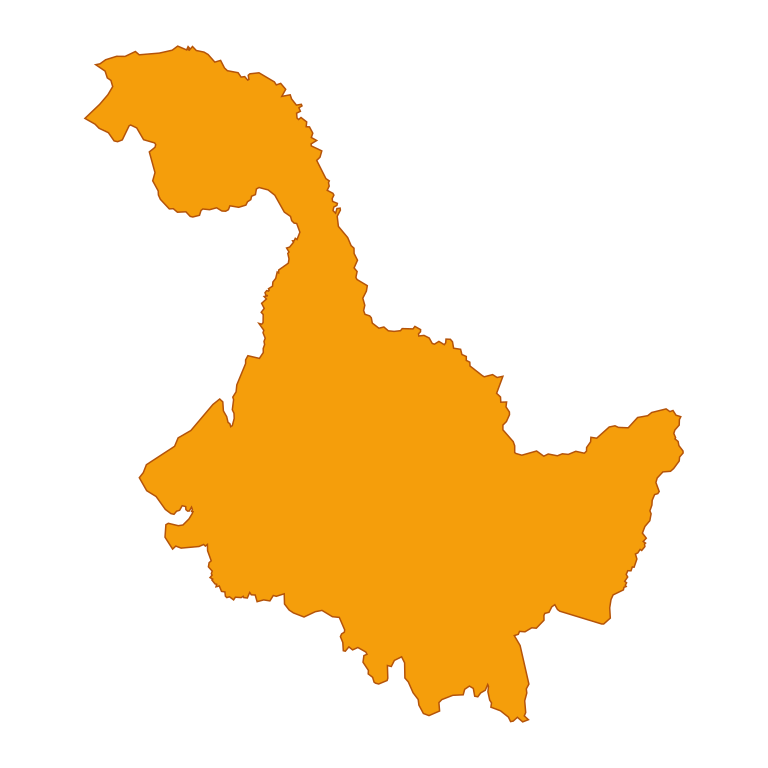 the Province of Heilongjiang
{"feature_id": "CHN-1839", "entity_name": "Heilongjiang", "entity_type": "Province", "adm_level": 1, "iso_a3": "CHN", "parent_name": "China", "parent_adm1": "", "projection": "mercator", "projection_center": [127.281, 48.501], "detail": "fine", "context": "isolated", "style": "filled", "palette": "amber", "viewbox_px": 768, "rotation_deg": 0, "n_neighbors": 0, "source": "natural_earth", "source_scale": "10m", "svg_char_len": 6083}
<svg xmlns="http://www.w3.org/2000/svg" viewBox="0 0 768 768"><path d="M177.7,46.1L186.6,49.9L188.1,46.6L189.5,48.2L188.3,49.7L189.3,50.2L192.5,46.5L196.3,50.5L204.0,52.1L208.1,54.5L214.8,62.1L220.6,60.4L224.5,68.0L227.4,70.7L238.1,72.7L241.1,77.1L244.7,76.6L247.7,80.1L248.9,79.4L248.2,75.3L249.9,73.8L259.0,72.8L274.4,81.9L276.3,84.9L280.7,83.4L285.7,89.3L281.8,96.4L290.2,94.8L291.6,99.0L296.4,105.1L301.3,104.3L302.0,105.9L298.9,107.8L300.4,111.3L296.6,113.2L297.0,118.0L298.6,119.5L301.0,117.5L306.7,121.9L306.2,126.7L309.5,126.9L312.8,133.2L311.3,137.5L316.7,140.5L311.1,143.9L311.3,145.9L321.8,150.9L320.0,157.2L316.7,160.4L325.9,178.6L329.3,180.9L328.5,182.6L329.2,186.1L327.2,190.3L332.9,193.3L333.9,195.1L332.2,198.6L332.6,201.4L337.4,203.4L336.9,205.4L333.8,207.1L333.0,210.6L335.6,213.2L336.9,208.6L340.1,208.1L340.4,210.1L337.2,216.3L338.4,226.4L347.7,237.6L351.1,245.6L354.0,248.2L354.1,253.5L357.5,260.2L354.1,267.9L357.1,271.5L355.9,277.4L357.0,279.5L367.3,285.7L366.4,291.1L362.8,298.2L364.8,305.3L363.6,310.6L365.0,314.3L369.7,315.9L371.3,317.8L372.3,323.1L378.9,328.2L383.9,327.0L388.3,330.8L394.1,331.4L400.5,330.7L402.2,328.6L413.0,328.9L414.9,326.4L420.6,329.6L420.5,331.8L418.5,333.8L418.8,336.0L424.0,335.4L429.2,338.0L432.2,343.4L434.4,344.2L438.9,341.4L444.3,344.7L445.7,342.8L446.0,339.1L450.4,339.3L452.5,341.8L453.6,348.2L460.6,349.3L461.9,354.5L466.3,356.5L466.3,360.4L469.8,362.2L470.0,366.0L482.1,375.5L484.2,376.8L492.6,374.6L497.1,377.5L502.9,376.3L496.6,393.3L500.5,397.0L500.8,402.2L506.6,402.0L506.0,406.9L509.4,412.0L509.5,414.7L506.4,421.6L502.9,425.1L502.9,429.8L513.2,441.6L514.7,445.8L514.7,452.5L515.7,453.4L521.8,455.2L536.6,451.0L543.8,456.2L548.2,454.0L557.4,455.8L562.3,453.8L568.3,454.4L575.8,451.3L584.3,453.2L586.5,451.1L586.6,447.5L590.6,441.8L590.9,437.3L596.7,438.2L609.2,427.0L615.0,425.8L618.4,427.4L628.2,427.8L637.6,417.5L647.7,415.7L651.7,412.5L666.1,408.9L669.9,411.6L673.0,410.5L676.0,415.2L680.8,416.7L679.4,419.6L679.2,425.1L674.9,430.0L673.8,433.4L675.6,437.7L675.0,438.9L678.1,441.5L678.9,445.6L683.0,451.0L683.1,453.0L679.6,457.0L679.2,461.0L673.6,468.6L670.5,471.3L662.9,471.9L657.2,478.0L655.9,482.5L659.2,491.5L657.8,493.6L654.6,494.6L652.2,500.3L651.9,505.1L649.9,510.8L651.1,513.8L649.8,520.7L644.9,526.5L642.4,533.1L646.3,538.2L643.2,541.5L645.5,543.1L644.5,543.9L644.9,546.6L641.7,550.5L640.1,549.4L637.8,552.9L635.4,554.0L636.9,559.0L634.1,567.2L632.3,567.0L631.0,570.8L627.8,570.7L626.2,574.4L627.7,577.0L624.7,581.3L626.6,582.8L625.3,585.2L626.2,586.5L624.0,587.3L623.4,589.9L613.1,594.9L611.0,599.6L609.7,607.8L610.3,618.1L603.7,624.0L601.7,624.0L559.8,611.2L557.5,609.5L554.8,604.7L551.8,606.8L549.0,612.3L544.8,613.4L543.9,615.5L544.0,620.2L536.3,628.2L531.7,627.8L525.0,631.8L519.5,631.4L518.3,634.3L514.3,635.6L520.1,645.5L528.9,684.1L526.3,688.9L526.8,693.0L524.7,700.8L525.7,712.5L524.3,715.9L528.4,719.7L522.7,721.9L517.4,717.3L513.2,721.1L510.6,721.6L508.4,717.1L500.5,710.8L490.9,707.2L491.5,702.9L489.7,700.1L487.9,691.8L488.5,686.3L487.7,684.5L485.3,690.2L480.7,692.9L477.8,696.8L474.7,696.2L473.3,688.4L469.4,686.1L464.7,689.3L463.2,694.8L452.8,695.3L441.8,699.6L438.9,702.6L439.6,711.0L429.0,715.6L423.4,713.5L418.9,705.1L418.2,699.5L413.1,692.8L408.3,681.9L404.9,678.0L404.6,662.8L401.6,656.8L394.4,660.4L391.3,666.5L387.4,665.5L387.8,678.2L387.1,680.5L378.7,684.0L375.6,683.2L374.1,682.2L372.6,677.3L368.2,673.9L368.4,670.4L363.0,662.2L363.9,655.6L367.0,654.3L365.8,652.0L357.9,647.5L352.6,649.9L348.9,646.9L345.3,651.2L343.3,650.7L342.8,642.5L340.4,636.6L341.6,633.9L344.3,632.2L344.7,629.9L339.3,617.4L332.4,616.7L322.0,610.4L315.3,611.7L304.0,617.0L293.4,612.9L289.1,610.0L284.5,604.0L284.2,593.8L276.3,596.3L273.3,595.5L269.9,600.9L263.7,599.9L257.1,601.7L255.2,595.0L251.3,594.8L249.7,592.5L247.3,598.0L243.8,597.6L243.2,596.3L241.2,597.6L235.4,597.2L233.6,599.9L229.5,596.8L226.8,597.6L225.4,596.2L224.9,591.9L221.5,591.4L219.3,586.0L216.0,586.8L216.7,584.3L215.0,583.9L211.9,580.0L212.7,579.1L210.0,577.6L212.1,575.1L211.3,573.7L212.2,571.1L208.4,566.8L209.1,562.7L211.2,560.8L207.6,550.8L207.4,544.5L205.4,546.1L203.6,544.5L199.0,546.5L181.1,548.1L175.8,546.1L172.6,549.1L165.0,537.2L165.9,524.7L168.3,523.3L178.3,525.7L182.9,525.0L189.0,518.9L192.2,513.6L193.0,511.6L191.6,511.4L192.4,509.4L191.5,507.1L189.3,511.0L187.6,511.1L185.9,509.6L185.7,506.6L182.2,505.7L179.6,510.3L176.6,511.2L174.0,514.3L170.9,513.6L165.3,509.4L156.1,496.5L146.7,490.7L139.3,477.7L143.3,472.6L146.4,464.7L174.6,446.3L178.1,437.9L190.9,430.5L212.9,404.5L219.7,399.0L222.8,401.9L223.4,410.9L226.7,416.7L228.0,422.3L229.9,423.8L230.7,426.7L232.3,425.6L234.2,418.5L234.0,413.3L232.3,409.7L233.6,399.7L232.8,397.1L236.1,391.8L236.8,384.9L245.6,363.6L245.6,359.9L247.9,355.7L259.4,358.4L263.3,352.5L263.2,348.5L264.6,344.6L264.0,341.4L265.2,338.2L263.0,332.7L263.8,330.3L258.9,323.4L261.7,324.2L263.1,322.6L263.2,314.5L261.2,312.3L264.2,308.4L261.6,303.3L266.4,299.0L264.1,296.5L267.9,295.7L265.8,295.2L265.0,292.7L266.7,290.6L268.5,291.1L269.2,290.1L268.5,288.7L272.5,286.2L272.9,282.0L275.7,278.4L277.2,272.0L278.6,272.9L278.7,270.0L288.3,263.2L289.0,258.9L287.8,253.4L289.0,252.0L286.6,248.0L289.6,247.1L293.5,242.3L292.6,240.8L294.1,240.8L295.3,238.3L297.0,239.5L299.9,232.2L296.7,223.5L294.1,223.1L291.7,220.7L290.5,216.4L284.3,212.1L274.8,195.2L268.1,189.9L259.0,187.5L256.4,189.0L255.4,194.6L251.6,196.2L250.8,199.6L247.5,201.8L245.9,205.1L238.7,207.3L229.9,205.8L228.4,209.7L225.7,211.2L221.9,211.0L216.6,207.8L209.6,209.7L202.8,209.0L201.0,210.5L199.5,215.3L192.8,217.0L190.2,216.4L185.9,211.8L177.4,212.2L173.3,208.7L169.3,208.9L160.4,199.4L158.4,195.0L158.2,190.9L152.7,180.8L155.0,172.6L149.3,151.9L155.0,147.3L155.7,144.6L154.6,142.9L143.6,139.7L136.7,127.9L130.6,125.0L129.1,125.8L122.3,139.9L117.6,141.7L114.1,140.9L108.4,132.7L99.1,128.3L95.0,124.1L84.9,118.4L99.6,104.4L107.9,94.7L112.7,86.6L110.9,80.4L107.3,77.9L105.1,71.1L95.7,64.7L100.0,63.8L105.7,59.7L116.6,56.3L125.1,56.4L135.4,51.5L139.2,54.8L159.3,53.1L172.2,50.2L177.7,46.1Z" fill="#f59e0b" stroke="#b45309" stroke-width="1.5"/></svg>